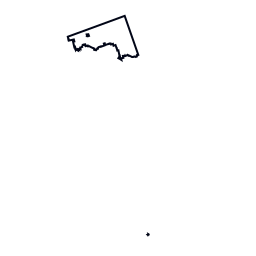 outline of Unincorporated NSW, New South Wales, Australia, rotated 73°
{"feature_id": "25037944B59579883363479", "entity_name": "Unincorporated NSW", "entity_type": "district", "adm_level": 2, "iso_a3": "AUS", "parent_name": "Australia", "parent_adm1": "New South Wales", "projection": "orthographic", "projection_center": [147.013, -31.429], "detail": "fine", "context": "isolated", "style": "outline", "palette": "ink", "viewbox_px": 256, "rotation_deg": 73, "n_neighbors": 0, "source": "geoboundaries", "source_scale": "gbopen_adm2", "svg_char_len": 3140}
<svg xmlns="http://www.w3.org/2000/svg" viewBox="0 0 256 256"><g transform="rotate(73 128 128)"><path d="M61.1,96.8L19.8,98.4L23.1,158.9L26.1,159.1L26.1,158.8L26.6,158.9L26.6,159.2L27.1,159.2L27.5,153.9L29.5,154.0L29.4,155.3L35.0,155.7L34.8,154.9L35.8,154.9L35.8,155.2L36.6,155.3L36.6,155.2L37.2,155.3L37.4,155.4L37.7,155.3L37.7,155.2L37.8,155.3L37.7,155.2L37.8,155.2L38.0,155.2L37.9,155.1L38.0,155.0L38.0,154.9L37.9,154.8L37.9,154.7L38.1,154.5L38.2,154.4L38.2,154.2L38.3,154.2L38.5,154.1L38.7,153.9L38.8,153.7L39.0,153.5L38.9,153.5L38.8,153.4L38.8,153.2L38.7,153.0L38.8,153.0L38.6,153.0L38.6,152.9L38.7,152.7L38.8,152.6L38.7,152.5L38.6,152.4L38.8,152.3L38.8,152.2L38.7,152.2L38.8,152.1L38.7,152.1L38.4,152.0L38.5,152.0L38.6,151.9L38.7,151.7L38.6,151.4L38.5,151.2L38.4,151.2L38.5,151.0L38.6,150.9L38.7,150.7L38.8,150.6L38.9,150.4L37.1,150.2L37.2,148.9L37.1,148.1L35.8,148.0L35.7,148.0L35.8,148.0L35.6,147.4L35.4,147.1L35.5,146.9L35.4,146.6L35.5,146.4L35.2,146.2L35.3,145.5L35.4,144.8L36.8,144.9L37.1,144.7L36.9,144.5L37.0,144.5L37.1,144.4L37.1,144.1L37.2,143.9L37.2,143.6L37.3,143.5L37.5,143.4L37.4,142.6L38.0,142.7L38.3,142.4L38.3,141.3L40.0,139.6L41.9,137.5L41.8,137.4L42.3,136.9L42.5,136.9L42.8,137.1L43.0,137.1L43.0,137.3L43.3,137.5L43.8,136.8L43.4,136.5L43.9,135.9L44.2,135.6L43.4,134.7L43.4,134.3L43.2,134.3L42.9,134.0L43.1,133.8L43.3,133.6L42.1,132.6L42.0,130.1L42.4,130.1L42.2,126.4L40.2,126.4L40.2,125.5L42.0,125.5L41.9,122.6L41.8,121.4L42.1,121.4L42.1,119.9L43.2,119.8L43.1,117.8L45.1,117.8L45.0,115.7L48.3,115.6L48.3,115.4L50.8,115.6L50.9,114.5L56.1,115.0L56.1,114.9L56.1,114.7L57.3,114.8L57.2,115.2L57.2,115.4L58.2,115.5L58.0,116.3L58.4,116.8L58.7,116.5L58.7,116.4L58.8,116.4L59.2,116.0L59.1,115.9L61.0,114.4L59.3,114.2L59.6,112.0L57.5,111.8L57.5,111.7L57.8,111.5L57.9,111.3L57.9,111.2L58.0,111.2L58.3,110.8L58.3,110.7L58.3,110.4L58.3,110.1L58.2,110.0L58.3,110.0L58.3,109.8L58.4,109.7L58.4,109.4L58.4,109.2L58.3,108.9L58.3,108.7L58.2,108.6L58.1,108.4L58.1,108.2L58.2,107.9L58.3,107.7L58.3,107.4L58.2,107.3L58.2,107.1L58.4,106.9L58.2,106.8L58.4,106.6L58.6,106.5L58.6,106.4L58.9,106.2L59.0,106.1L58.9,106.0L59.0,105.9L59.2,105.7L59.3,105.7L59.3,105.4L59.5,105.2L59.9,104.9L60.0,104.8L60.1,104.6L60.3,104.4L60.4,104.2L60.5,104.1L60.6,103.9L60.6,104.0L60.7,103.9L60.8,103.8L60.9,103.7L61.1,103.6L61.1,103.4L61.3,103.2L61.5,102.8L61.5,102.7L61.6,102.4L61.6,102.2L61.6,101.9L61.5,101.7L61.4,101.3L61.4,101.1L61.5,100.9L61.7,100.7L61.9,100.5L62.0,100.4L61.9,100.3L61.9,100.2L62.0,100.1L62.1,99.9L62.1,99.7L62.2,99.4L62.3,99.3L62.3,99.1L62.2,99.1L62.2,98.9L62.1,98.7L61.9,98.5L61.8,98.4L61.7,98.2L61.5,98.3L61.2,98.4L60.9,98.3L60.7,98.0L60.7,97.8L60.8,97.5L60.8,97.4L60.9,97.2L61.0,97.0L61.1,96.9L61.1,96.8ZM26.8,139.2L26.8,138.5L28.5,138.4L28.5,138.6L28.4,138.8L28.4,139.2L28.4,140.0L27.7,140.1L27.7,140.3L27.5,140.2L27.4,140.2L27.5,140.1L26.9,140.1L26.6,139.8L26.8,139.7L26.8,139.2ZM235.8,139.6L236.0,139.9L235.9,139.9L235.9,140.0L235.8,140.3L235.8,140.5L236.0,140.4L236.1,140.2L236.1,139.9L236.0,139.7L235.9,139.5L235.9,139.4L235.6,139.4L235.5,139.5L235.8,139.5L235.8,139.6Z" fill="none" stroke="#020617" stroke-width="2"/></g></svg>